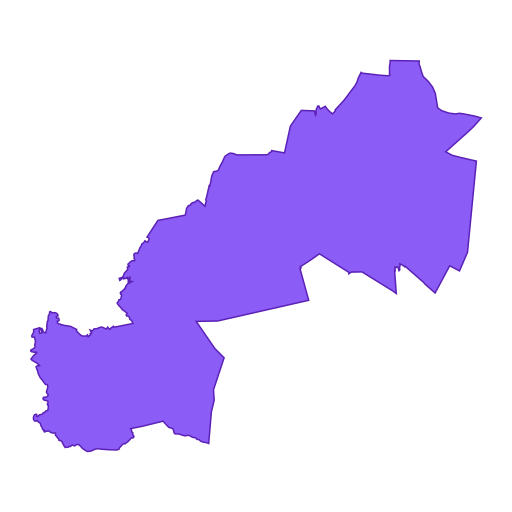 the district of Huehuetoca, México, Mexico
{"feature_id": "50627088B67518799589693", "entity_name": "Huehuetoca", "entity_type": "district", "adm_level": 2, "iso_a3": "MEX", "parent_name": "Mexico", "parent_adm1": "México", "projection": "albers", "projection_center": [-99.283, 19.822], "detail": "fine", "context": "isolated", "style": "filled", "palette": "violet", "viewbox_px": 512, "rotation_deg": 0, "n_neighbors": 0, "source": "geoboundaries", "source_scale": "gbopen_adm2", "svg_char_len": 5895}
<svg xmlns="http://www.w3.org/2000/svg" viewBox="0 0 512 512"><path d="M214.2,400.1L213.5,389.8L224.1,357.8L214.9,348.6L196.2,321.4L217.6,321.0L308.7,300.3L300.3,269.7L299.8,269.0L301.1,267.9L300.2,266.8L311.2,259.6L319.4,253.8L348.8,272.3L348.9,273.8L351.2,272.1L362.0,271.9L392.4,290.7L396.3,293.5L394.6,270.6L395.2,270.7L395.0,267.1L396.2,267.5L396.9,266.9L397.8,266.9L399.0,270.7L399.4,270.3L399.8,269.5L399.5,267.7L400.1,265.5L399.8,263.9L402.2,264.8L404.9,266.9L405.3,266.4L423.6,282.4L425.1,284.2L435.1,293.0L449.7,265.8L459.5,270.9L467.5,252.3L476.4,161.1L460.4,157.4L452.2,155.3L445.7,151.8L468.1,131.8L473.9,126.3L481.3,117.9L474.4,116.0L463.7,113.9L459.6,113.3L455.3,113.9L448.9,113.1L441.8,110.7L437.7,107.9L435.3,93.3L432.6,87.1L431.4,85.5L428.1,81.2L423.2,76.5L421.7,72.4L420.1,66.7L419.0,64.0L419.3,61.0L390.2,60.5L390.1,62.9L389.5,66.0L389.5,73.7L389.8,74.6L389.8,75.5L386.7,75.7L379.1,75.1L361.8,73.1L361.1,72.4L358.2,78.2L357.0,82.0L355.0,85.7L343.9,100.4L335.1,110.0L335.3,111.0L332.6,113.8L330.9,112.6L329.6,111.5L326.6,108.3L325.3,106.3L320.5,108.9L319.5,107.6L319.1,106.3L318.7,106.0L317.5,106.2L317.3,107.4L316.3,109.2L315.9,111.7L316.2,113.9L315.5,115.2L314.4,110.9L301.3,110.4L290.4,126.1L284.5,152.9L271.7,150.6L271.7,151.2L271.2,151.9L269.5,152.6L268.8,153.8L267.1,154.8L236.5,154.9L234.9,154.0L232.2,153.3L230.2,153.1L228.9,153.6L225.0,156.3L223.6,159.1L222.6,161.5L219.9,166.5L218.4,170.0L217.4,170.7L216.1,171.4L214.7,171.3L213.6,171.8L211.9,175.7L211.3,178.1L210.9,181.1L209.8,186.0L209.2,185.6L206.4,197.9L205.7,199.8L206.4,201.2L205.8,202.6L205.0,206.2L198.2,200.2L197.5,200.1L194.2,202.5L192.3,202.6L191.9,203.3L190.8,204.0L190.5,205.1L188.4,205.6L186.6,208.3L185.3,215.1L157.9,220.4L147.0,237.1L148.5,237.8L149.2,238.9L147.7,242.2L147.5,242.4L144.9,240.8L143.6,242.9L141.9,243.9L141.1,246.0L139.9,247.8L137.7,253.3L136.1,253.0L134.9,253.2L134.2,253.9L133.8,254.7L134.2,256.9L134.0,258.3L134.5,259.1L134.7,260.6L131.9,260.8L130.0,262.2L127.9,264.2L128.4,265.7L129.3,265.7L129.4,266.5L127.3,267.1L127.8,269.3L124.4,273.1L123.0,276.8L120.5,278.1L119.2,278.3L119.8,280.4L120.5,280.0L121.3,279.1L123.6,277.7L123.8,277.8L123.8,278.8L126.8,278.2L126.9,277.4L127.7,277.5L127.6,278.9L128.3,279.6L128.2,282.0L128.9,282.2L129.4,277.4L130.0,277.2L129.8,282.0L131.3,281.3L132.1,281.5L131.0,282.0L130.3,282.6L127.7,283.7L125.7,286.4L125.5,287.5L125.0,288.1L125.1,288.6L124.0,289.3L122.2,291.2L121.2,291.9L120.9,291.9L120.6,292.3L120.3,293.0L120.6,293.5L120.6,293.9L120.9,293.9L121.1,294.3L121.2,294.5L121.3,294.4L121.6,295.4L121.2,296.7L121.2,297.6L120.5,299.2L119.7,299.7L119.0,299.7L118.4,301.4L117.2,302.8L117.5,303.9L118.4,304.6L118.5,305.0L119.0,305.9L120.5,307.2L122.2,309.6L124.9,311.4L127.1,313.3L127.1,313.6L126.2,314.8L126.3,315.3L126.7,316.0L128.2,316.1L129.4,317.3L129.7,319.1L131.7,320.7L132.9,323.5L114.1,327.2L113.5,326.3L111.3,327.7L109.7,329.4L107.6,327.1L106.4,329.1L102.4,327.2L101.4,327.1L99.9,327.4L96.9,328.6L94.0,328.9L92.3,330.9L90.1,330.1L91.6,333.0L90.1,333.9L90.6,334.7L88.2,336.7L87.5,334.9L86.7,335.9L83.8,336.1L81.8,335.8L79.5,334.0L76.5,331.0L76.6,329.4L70.4,326.3L68.9,326.2L66.8,325.7L64.8,325.6L62.9,324.9L60.9,324.7L60.6,324.2L58.2,323.6L57.4,322.5L57.2,321.3L58.5,321.0L59.2,320.2L58.7,318.2L58.3,318.0L56.9,318.1L56.3,317.7L56.3,316.7L56.4,316.3L56.7,316.1L57.9,316.0L58.0,315.7L57.9,315.0L57.2,313.7L56.2,313.1L54.9,312.6L54.0,312.6L52.2,312.9L51.6,312.5L50.9,311.7L50.4,311.5L50.0,311.6L49.6,312.0L49.5,314.1L48.6,315.2L48.3,316.0L48.0,320.5L47.3,321.5L47.2,323.2L46.7,326.3L47.1,328.4L46.5,329.4L45.8,332.8L44.0,332.3L43.5,331.9L42.0,328.6L40.2,328.2L42.0,332.8L39.8,333.4L39.1,330.9L39.6,329.0L39.5,327.8L33.6,329.5L33.7,330.5L33.5,332.7L32.7,333.8L31.7,336.0L32.0,337.0L34.6,337.3L35.0,339.8L35.5,340.7L35.1,343.7L34.7,345.0L35.1,346.6L34.6,347.7L32.5,349.3L31.1,349.8L30.7,350.5L30.8,351.2L31.5,351.7L35.1,352.4L35.8,352.0L36.7,352.4L36.3,353.3L33.7,355.5L31.2,358.7L31.0,359.2L32.2,360.4L36.2,362.7L38.1,364.0L39.6,365.6L38.9,365.9L37.6,365.6L36.1,366.6L36.8,369.2L37.5,370.7L38.3,373.8L40.4,378.0L42.1,379.8L45.0,384.0L45.8,384.5L47.2,384.6L47.7,385.7L47.7,387.4L47.4,388.8L46.7,390.6L46.5,392.3L46.8,393.0L48.1,394.5L48.2,395.3L46.7,396.8L45.8,397.2L43.5,397.3L43.0,398.5L43.3,399.4L44.2,400.1L46.7,400.7L47.6,401.1L48.1,401.8L48.1,402.4L47.3,404.1L47.6,405.0L48.3,405.2L48.4,405.4L48.2,408.2L47.9,409.9L47.4,410.6L45.6,411.1L45.0,412.1L43.1,412.9L42.5,414.0L42.1,414.3L39.5,414.8L37.6,416.7L37.1,416.7L36.8,416.4L36.7,414.4L35.6,414.3L34.7,414.7L34.1,415.4L33.6,416.7L33.4,417.5L33.5,419.3L34.4,420.7L34.9,421.1L36.1,421.1L36.9,420.4L37.2,420.4L38.4,422.1L40.2,423.2L40.7,424.7L41.1,426.2L42.0,427.1L42.4,429.0L42.6,429.3L43.5,429.7L43.6,430.2L44.1,430.2L44.5,430.6L44.6,430.8L44.1,431.7L44.4,431.9L45.0,431.9L46.1,431.1L47.6,431.2L48.2,430.9L48.6,430.9L50.7,432.4L51.5,432.7L53.0,433.1L55.1,432.9L55.4,433.1L55.6,433.8L55.4,434.8L55.6,435.5L56.5,436.2L57.1,437.3L58.6,438.8L58.7,439.9L58.9,440.2L59.2,440.4L60.7,440.7L62.0,441.5L62.5,443.1L63.3,444.3L64.5,446.7L65.2,447.5L67.0,447.1L68.2,447.2L69.1,446.5L70.4,446.5L71.8,445.2L72.2,445.1L72.9,445.1L74.0,445.8L74.9,445.8L76.2,444.8L77.6,444.5L78.3,444.6L79.2,445.0L80.5,446.2L82.3,448.3L85.0,450.2L86.8,451.2L87.7,451.5L90.5,451.2L91.4,450.9L95.4,449.1L97.3,448.8L99.2,448.8L100.2,449.1L108.4,449.7L116.6,450.0L118.9,449.3L119.6,447.7L123.4,443.6L124.9,443.9L128.2,441.4L131.1,438.2L133.2,437.8L134.0,436.6L133.4,435.4L132.6,434.5L132.9,433.0L131.5,431.4L131.6,430.1L130.6,428.6L142.3,426.3L163.0,421.2L168.7,427.3L172.8,428.6L173.9,431.5L173.9,432.3L174.3,433.1L174.8,433.7L175.5,433.9L177.5,433.9L179.2,434.1L182.7,435.3L184.3,435.6L184.9,435.9L187.2,435.4L189.4,435.5L192.5,437.3L195.3,437.7L195.9,438.1L196.2,438.6L197.1,439.4L199.0,439.6L200.7,441.2L203.8,442.3L206.4,442.6L208.7,443.5L211.4,411.9L214.2,400.1Z" fill="#8b5cf6" stroke="#5b21b6" stroke-width="1.5"/></svg>